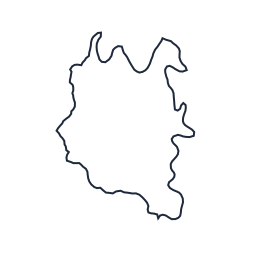 Abdon Batista, Santa Catarina, Brazil (Mercator projection), rotated 257°
{"feature_id": "56859067B29190973569639", "entity_name": "Abdon Batista", "entity_type": "district", "adm_level": 2, "iso_a3": "BRA", "parent_name": "Brazil", "parent_adm1": "Santa Catarina", "projection": "mercator", "projection_center": [-51.047, -27.584], "detail": "fine", "context": "isolated", "style": "outline", "palette": "slate", "viewbox_px": 256, "rotation_deg": 257, "n_neighbors": 0, "source": "geoboundaries", "source_scale": "gbopen_adm2", "svg_char_len": 2707}
<svg xmlns="http://www.w3.org/2000/svg" viewBox="0 0 256 256"><g transform="rotate(257 128 128)"><path d="M205.5,102.8L203.8,101.2L202.1,98.6L199.7,96.6L201.1,93.1L201.5,90.3L200.7,87.6L198.1,84.8L195.5,85.6L192.7,84.4L190.2,83.4L187.8,82.2L185.5,81.6L182.4,83.8L179.9,83.8L176.8,83.1L174.4,81.6L172.2,81.9L169.8,81.6L167.4,81.7L164.6,82.0L160.8,81.0L158.3,78.7L157.0,76.5L154.6,75.8L152.3,73.1L150.7,69.3L149.2,66.4L147.2,64.9L145.8,62.8L143.6,59.9L141.4,57.8L138.4,59.5L135.2,60.4L132.9,61.8L129.8,63.0L126.3,62.5L124.0,63.2L120.3,62.9L117.9,64.9L115.6,62.7L113.2,61.4L109.9,61.1L107.7,64.7L106.1,66.8L105.3,70.0L104.8,72.6L102.8,74.1L100.4,75.5L97.7,77.8L94.6,78.6L91.4,78.2L87.8,77.9L84.5,78.3L81.3,79.5L78.0,81.9L76.4,84.3L76.0,87.6L73.2,89.5L70.0,92.0L69.0,95.2L67.7,98.5L68.9,102.2L68.5,106.7L66.2,109.7L65.0,113.2L63.2,117.6L62.5,121.1L60.4,124.1L57.4,126.3L53.8,128.4L50.8,129.8L47.3,130.3L44.1,128.8L41.1,128.9L39.6,131.4L38.8,134.0L37.2,137.0L33.2,137.1L35.5,139.6L35.7,142.3L34.3,145.1L31.4,147.9L29.4,150.0L28.6,153.7L29.2,156.9L30.7,159.1L33.6,160.4L37.1,161.6L40.3,163.3L43.3,164.9L47.0,165.5L51.1,164.7L53.5,163.3L55.1,161.3L57.4,158.1L60.2,155.3L63.3,154.3L66.0,155.8L68.1,160.1L70.0,162.1L72.3,163.0L74.5,162.6L76.8,161.4L79.2,160.8L83.2,161.5L85.5,163.4L87.4,166.1L89.3,168.8L91.2,170.7L94.4,172.0L98.5,171.5L100.8,170.2L102.7,168.9L105.1,168.1L107.4,168.1L109.6,170.5L110.1,175.1L108.8,177.7L107.4,179.8L106.4,182.2L105.3,185.9L105.6,190.3L109.2,191.6L111.9,190.1L113.9,188.2L116.1,186.0L118.1,184.2L120.3,183.2L122.6,183.1L125.8,184.1L128.5,185.6L131.8,187.8L134.8,188.9L137.4,189.3L139.9,187.5L138.0,184.8L135.0,183.1L133.8,180.3L135.5,177.9L140.0,178.4L145.0,179.2L148.1,179.6L151.6,180.2L154.9,179.8L157.1,178.8L159.9,177.3L163.1,177.0L166.2,177.4L169.4,176.9L173.9,176.8L176.7,177.4L179.2,179.8L179.2,182.6L177.1,185.2L174.9,187.2L173.2,189.1L171.6,191.0L170.7,194.0L171.2,198.2L174.8,197.8L178.3,195.4L181.6,194.3L185.2,194.0L188.5,194.9L191.2,195.7L194.0,195.5L197.6,193.5L200.3,191.1L203.0,189.3L205.5,184.8L207.7,181.8L205.4,180.2L203.2,177.8L200.8,175.3L198.2,172.0L195.0,169.5L192.0,167.9L189.5,166.1L185.6,163.7L182.2,160.7L180.3,157.9L179.4,154.7L179.5,151.5L181.2,149.2L183.4,147.3L186.1,146.3L189.1,145.3L192.0,144.4L194.8,143.7L197.2,143.1L199.7,142.1L202.2,140.8L205.0,140.5L208.7,140.3L210.0,136.8L209.0,133.5L207.5,131.1L204.7,129.5L202.0,128.1L199.1,125.1L197.2,120.7L198.4,117.3L201.3,115.6L204.3,115.4L207.3,115.1L210.6,115.1L214.0,115.6L217.2,116.6L220.6,118.9L223.1,122.0L227.0,123.1L227.4,120.0L225.9,117.0L224.7,114.8L222.8,112.9L220.0,111.4L216.6,110.3L213.4,108.9L210.6,107.4L207.0,106.1L205.5,102.8Z" fill="none" stroke="#1e293b" stroke-width="2"/></g></svg>